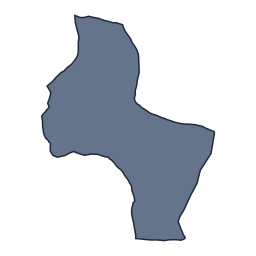 outline of Etsako Central, Edo, Nigeria
{"feature_id": "59680162B80670265641804", "entity_name": "Etsako Central", "entity_type": "district", "adm_level": 2, "iso_a3": "NGA", "parent_name": "Nigeria", "parent_adm1": "Edo", "projection": "robinson", "projection_center": [6.506, 6.978], "detail": "fine", "context": "isolated", "style": "filled", "palette": "slate", "viewbox_px": 256, "rotation_deg": 0, "n_neighbors": 0, "source": "geoboundaries", "source_scale": "gbopen_adm2", "svg_char_len": 2018}
<svg xmlns="http://www.w3.org/2000/svg" viewBox="0 0 256 256"><path d="M214.3,131.8L206.4,128.4L204.3,127.4L201.8,126.2L198.9,125.6L198.5,125.5L194.6,124.6L188.4,124.1L184.6,124.1L181.3,123.6L178.4,123.1L174.1,122.0L169.8,120.4L167.9,119.9L164.0,118.3L160.7,117.2L158.7,116.3L157.3,115.6L152.1,114.0L149.7,112.9L146.8,110.7L143.5,108.6L141.5,107.5L139.6,105.3L136.8,103.7L134.8,100.9L134.4,98.2L135.3,94.3L135.3,92.4L135.3,90.4L135.6,89.4L136.7,85.4L137.2,81.0L138.1,77.1L139.1,72.7L139.1,71.3L139.1,68.8L139.0,66.1L138.5,54.5L136.6,49.5L135.6,47.8L135.0,46.7L134.8,46.4L134.7,46.2L132.3,42.9L131.9,42.0L130.4,38.5L128.4,35.8L125.6,31.9L123.6,28.1L122.7,24.8L119.3,23.7L116.0,22.7L112.6,22.7L109.3,21.6L104.1,20.4L103.1,20.0L98.8,18.4L95.9,17.9L93.5,17.4L88.7,16.3L84.0,17.5L80.1,17.5L74.9,15.4L74.9,18.1L75.4,22.5L76.3,26.4L77.3,30.8L78.8,35.8L78.8,36.3L78.8,37.6L78.8,39.1L78.3,42.4L78.3,45.2L78.3,50.7L77.9,54.6L76.4,57.9L74.0,61.2L71.2,64.6L69.1,66.1L67.4,67.4L63.6,71.3L61.2,72.4L58.3,75.2L55.7,77.7L55.5,78.0L52.6,81.4L47.1,86.1L50.8,92.4L49.8,97.5L47.7,103.2L49.2,107.1L41.6,116.1L42.5,120.5L42.6,125.9L43.4,131.9L44.3,135.3L45.6,138.0L48.1,140.3L48.7,141.7L50.4,143.3L50.2,150.9L52.8,155.3L57.3,157.2L65.1,155.5L68.5,153.6L73.5,151.5L78.1,153.3L84.4,155.3L91.4,154.1L98.2,154.4L101.3,155.6L105.3,156.8L108.1,157.1L109.4,158.8L111.1,159.7L113.0,161.6L114.0,162.5L115.9,165.2L117.8,167.4L118.0,167.6L120.7,169.6L122.6,171.8L124.5,175.1L126.5,177.8L128.4,180.5L129.8,183.3L131.3,185.5L131.7,187.7L131.7,189.4L132.2,191.6L133.2,194.3L134.2,197.1L134.7,201.2L133.2,202.6L131.6,209.8L131.8,214.8L133.8,224.1L134.7,229.7L135.7,235.2L135.7,238.6L140.5,238.9L145.2,239.5L151.5,240.0L156.3,239.9L164.4,240.6L169.2,239.8L175.9,239.7L181.1,240.2L185.0,238.5L185.0,237.1L183.3,234.6L181.8,230.8L180.9,229.0L179.8,225.8L178.2,221.5L180.0,216.3L180.1,216.2L183.9,209.9L187.3,202.5L190.7,195.1L196.9,183.6L200.3,170.2L205.2,162.6L211.0,153.6L214.4,133.7L214.3,131.8Z" fill="#64748b" stroke="#1e293b" stroke-width="1.5"/></svg>